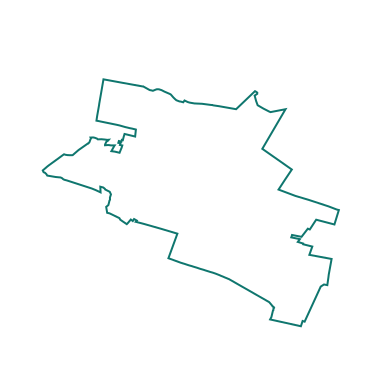 outline of Muna, Yucatán, Mexico, rotated 281°
{"feature_id": "50627088B11927657665908", "entity_name": "Muna", "entity_type": "district", "adm_level": 2, "iso_a3": "MEX", "parent_name": "Mexico", "parent_adm1": "Yucatán", "projection": "equal_earth", "projection_center": [-89.733, 20.466], "detail": "fine", "context": "isolated", "style": "outline", "palette": "teal", "viewbox_px": 384, "rotation_deg": 281, "n_neighbors": 0, "source": "geoboundaries", "source_scale": "gbopen_adm2", "svg_char_len": 3272}
<svg xmlns="http://www.w3.org/2000/svg" viewBox="0 0 384 384"><g transform="rotate(281 192 192)"><path d="M204.0,328.4L204.0,328.2L206.5,308.3L207.9,294.2L210.9,276.5L212.6,277.2L221.7,280.9L233.1,285.7L247.8,252.8L278.0,263.4L291.1,268.0L285.4,253.8L285.7,252.4L287.5,246.2L289.7,239.9L293.5,237.6L298.6,235.1L300.0,236.5L300.8,237.3L302.0,237.1L302.7,235.5L302.9,235.0L303.0,234.6L281.7,219.5L281.7,219.3L281.7,219.2L281.4,202.8L281.4,202.3L281.1,196.1L281.3,195.4L281.1,194.4L280.5,185.0L279.4,177.5L279.3,172.6L279.5,170.6L280.4,167.2L278.4,166.3L278.6,163.7L278.5,162.4L278.9,160.2L279.1,159.1L280.1,157.4L281.3,155.6L283.6,152.7L284.0,151.6L285.3,145.7L285.8,144.0L286.2,142.6L286.3,141.7L286.5,140.0L286.2,138.0L285.6,136.9L283.9,134.3L284.0,132.8L284.0,132.3L284.0,131.3L284.0,131.0L286.3,124.0L286.2,123.9L285.9,101.7L285.7,83.6L271.1,83.9L261.1,84.1L259.4,84.2L248.3,84.4L243.8,84.6L243.6,105.3L243.5,108.3L243.0,114.1L242.9,116.7L242.8,118.4L242.8,119.6L242.8,120.2L242.8,121.3L242.7,122.8L242.7,123.9L242.6,125.0L235.6,125.6L236.1,114.8L236.1,114.7L233.1,114.4L231.3,114.3L229.7,114.2L229.8,113.2L228.0,113.1L228.1,110.5L226.2,110.3L226.1,112.5L224.4,112.3L224.4,114.7L222.6,114.5L222.4,114.5L222.2,114.5L220.4,114.1L216.7,113.4L216.9,108.6L216.7,105.1L221.7,106.7L221.8,106.7L222.1,106.8L223.0,107.2L222.3,103.8L222.2,101.4L222.0,100.3L221.3,97.7L221.8,97.6L222.5,97.7L225.1,98.4L226.2,99.6L227.4,100.3L227.1,99.3L227.0,98.7L226.8,95.8L226.5,92.9L225.7,89.5L226.3,88.5L226.7,86.1L226.7,84.5L226.5,83.7L226.1,82.1L225.4,82.7L224.5,82.3L221.8,81.9L221.0,81.7L220.6,81.4L220.2,81.1L220.0,80.8L219.9,80.8L219.9,80.7L211.5,72.6L205.4,67.8L205.3,67.4L205.1,66.7L204.6,63.7L204.5,63.3L204.4,60.7L204.6,59.2L203.8,58.4L191.0,46.5L189.4,45.1L184.7,41.4L183.4,42.3L183.1,42.6L182.8,44.1L182.2,44.9L181.9,45.5L180.5,46.8L180.7,55.2L181.0,58.4L181.2,60.2L180.8,61.8L180.5,62.3L180.1,62.9L179.8,63.7L179.6,64.9L179.5,66.8L178.3,76.7L176.3,93.0L175.5,97.1L174.2,102.3L179.7,101.0L179.5,104.0L178.5,105.9L177.9,106.3L176.5,111.2L174.2,112.9L170.9,112.5L168.8,113.0L167.7,112.6L166.7,112.6L163.2,112.4L161.0,110.6L155.4,112.7L155.3,115.2L152.5,125.7L151.1,126.9L150.0,129.4L148.0,134.1L149.2,134.9L153.3,137.2L152.2,139.4L154.4,140.3L153.4,143.3L152.0,142.5L151.7,147.6L151.5,150.8L150.0,168.4L150.0,168.5L148.3,185.6L122.5,181.5L120.4,194.6L120.3,195.9L120.2,196.2L120.2,196.6L120.0,198.6L119.8,200.0L119.6,201.6L119.4,203.3L119.2,205.9L119.0,207.4L118.8,209.4L118.6,211.4L118.3,213.5L118.2,214.3L118.1,215.1L118.0,216.4L117.8,218.6L117.6,219.9L117.4,221.7L117.3,222.6L117.2,223.6L117.0,225.2L116.8,227.7L116.5,229.8L116.4,230.6L116.2,231.7L115.7,234.4L115.5,235.4L115.3,236.1L114.8,238.8L114.4,240.5L114.0,242.6L113.7,243.9L113.6,244.7L98.6,288.8L95.4,292.8L95.1,292.9L94.8,294.0L94.0,294.7L93.8,294.6L93.6,294.2L91.5,294.4L91.2,294.1L84.4,293.8L81.8,293.0L81.0,324.5L86.5,325.2L86.2,327.3L115.0,334.3L123.7,336.4L126.4,339.2L126.4,342.6L134.2,342.2L137.0,342.0L152.9,341.8L152.7,319.2L161.4,320.5L161.9,311.1L162.6,311.0L162.9,308.2L163.2,305.4L166.3,306.9L166.4,298.1L167.7,298.3L168.9,298.4L168.9,308.1L178.1,312.7L177.7,314.5L177.7,314.8L186.6,318.4L188.5,319.2L187.3,338.0L202.3,339.6L202.4,337.5L204.0,328.4Z" fill="none" stroke="#0f766e" stroke-width="2"/></g></svg>